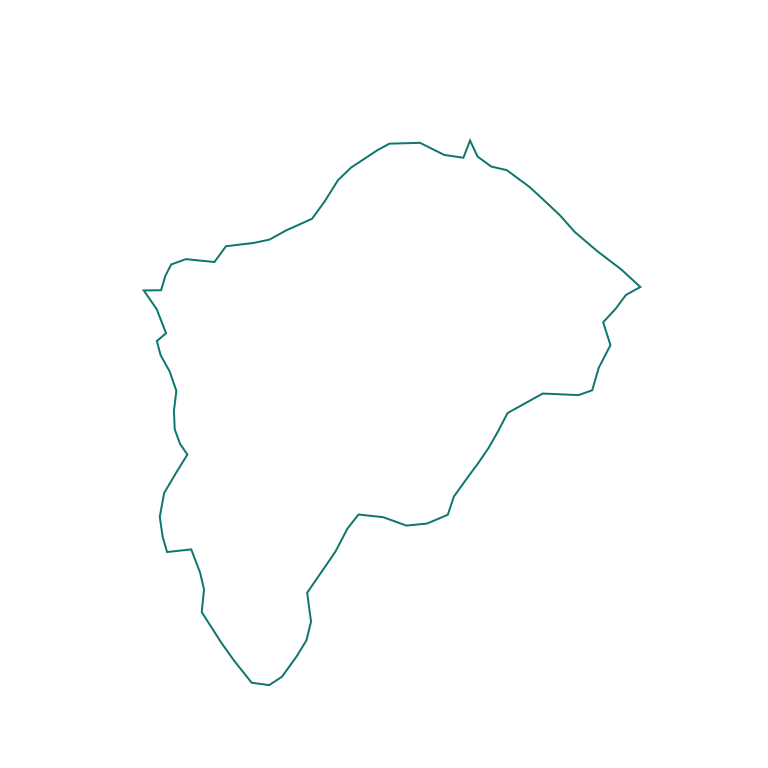 outline of Mia Milia, Cyprus, rotated 61°
{"feature_id": "46923920B95697923922739", "entity_name": "Mia Milia", "entity_type": "district", "adm_level": 2, "iso_a3": "CYP", "parent_name": "Cyprus", "parent_adm1": "", "projection": "orthographic", "projection_center": [33.421, 35.222], "detail": "fine", "context": "isolated", "style": "outline", "palette": "teal", "viewbox_px": 768, "rotation_deg": 61, "n_neighbors": 0, "source": "geoboundaries", "source_scale": "gbopen_adm2", "svg_char_len": 1173}
<svg xmlns="http://www.w3.org/2000/svg" viewBox="0 0 768 768"><g transform="rotate(61 384 384)"><path d="M185.7,548.8L208.1,546.5L233.9,550.0L236.3,561.8L250.4,565.4L269.2,565.4L289.3,568.9L305.7,580.8L322.2,589.0L337.5,591.4L350.4,590.2L361.0,609.1L372.8,629.2L391.6,644.6L410.5,651.7L425.8,655.2L435.2,632.8L459.9,636.3L476.4,641.0L495.2,654.0L531.7,651.7L552.9,649.3L581.1,644.6L591.7,630.4L590.5,615.0L579.9,592.5L570.5,576.0L556.4,563.0L529.3,552.4L523.4,540.5L514.0,521.6L506.9,507.5L492.8,486.2L485.8,469.6L499.9,449.5L518.7,433.0L526.9,414.1L529.3,391.6L516.3,377.4L505.7,355.0L498.7,339.6L490.4,323.1L481.0,307.7L469.3,290.0L469.3,268.7L469.3,249.8L488.1,219.1L490.4,204.9L474.0,188.4L459.8,167.1L436.3,162.4L430.4,144.7L423.4,129.3L423.4,112.8L398.7,121.0L371.6,132.9L343.4,143.5L322.2,148.2L296.3,156.5L282.2,161.2L256.4,173.0L245.8,184.8L230.5,191.9L212.8,190.7L224.6,204.9L212.8,220.3L190.5,235.6L176.4,262.8L176.3,277.0L177.5,291.2L178.7,307.7L183.4,325.4L195.2,346.7L204.6,366.8L202.2,395.2L202.2,414.1L197.5,429.4L186.9,455.4L195.1,473.2L178.7,496.8L176.3,512.2L183.4,522.8L193.9,533.5L185.7,548.8Z" fill="none" stroke="#0f766e" stroke-width="2"/></g></svg>